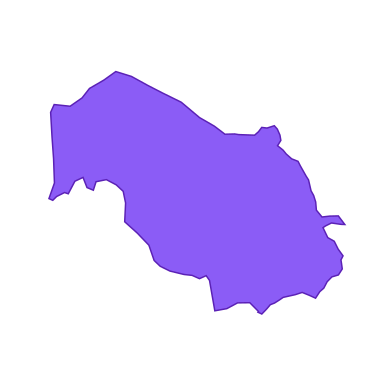 Pano Archimandrita, Paphos, Cyprus, rotated 76°
{"feature_id": "46923920B12228017617298", "entity_name": "Pano Archimandrita", "entity_type": "district", "adm_level": 2, "iso_a3": "CYP", "parent_name": "Cyprus", "parent_adm1": "Paphos", "projection": "equal_earth", "projection_center": [32.671, 34.738], "detail": "fine", "context": "isolated", "style": "filled", "palette": "violet", "viewbox_px": 384, "rotation_deg": 76, "n_neighbors": 0, "source": "geoboundaries", "source_scale": "gbopen_adm2", "svg_char_len": 1417}
<svg xmlns="http://www.w3.org/2000/svg" viewBox="0 0 384 384"><g transform="rotate(76 192 192)"><path d="M163.8,332.4L166.4,329.1L163.6,324.4L161.7,315.8L163.8,312.5L153.2,303.0L151.5,294.2L162.3,292.8L166.4,287.3L158.8,282.6L159.3,272.1L166.7,263.8L174.7,258.6L186.6,259.1L204.6,264.5L218.7,255.0L233.2,246.7L249.3,245.3L256.4,240.8L261.2,235.1L263.4,232.5L270.1,219.7L272.9,212.1L277.9,205.7L276.6,198.5L282.0,196.4L312.8,198.6L313.6,186.4L310.6,174.6L313.4,162.7L324.0,156.4L324.6,157.1L326.6,154.6L327.3,153.8L325.2,150.4L323.4,147.6L320.3,143.3L319.7,138.7L317.9,133.3L316.3,129.0L316.6,116.6L316.1,109.4L320.6,103.2L324.9,97.8L319.6,92.1L317.2,87.4L311.8,82.6L308.2,76.8L307.9,70.0L303.0,64.8L297.4,64.2L293.9,63.9L292.8,62.9L290.5,60.9L282.8,64.0L274.2,65.9L269.1,71.3L258.3,73.5L257.2,70.6L255.8,64.2L259.5,55.1L260.5,51.6L250.6,55.8L248.7,64.3L247.7,71.9L239.7,75.7L231.6,74.4L224.8,74.8L219.6,76.2L208.5,76.0L204.3,77.4L192.7,80.6L187.9,81.7L183.9,87.3L177.9,91.4L173.4,93.5L167.8,97.8L163.4,93.3L158.1,92.9L151.6,94.0L147.6,96.1L148.1,103.7L146.2,108.7L149.6,112.9L152.0,117.5L149.8,125.2L147.6,132.8L146.0,136.6L143.9,146.1L141.7,147.8L133.5,154.4L121.6,166.7L102.3,180.7L88.6,196.9L77.8,209.2L65.2,222.8L60.7,230.2L56.7,236.8L62.1,250.5L66.7,266.4L74.1,275.9L79.3,289.5L73.8,304.6L80.5,309.9L104.7,314.5L126.4,318.3L150.0,323.3L163.8,332.4Z" fill="#8b5cf6" stroke="#5b21b6" stroke-width="1.5"/></g></svg>